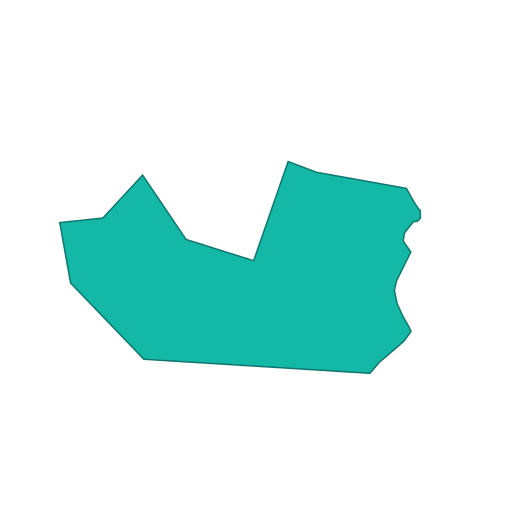 map outline of Santiago (Equal Earth projection), rotated 133°
{"feature_id": "PHL-5537", "entity_name": "Santiago", "entity_type": "Independent Component City", "adm_level": 1, "iso_a3": "PHL", "parent_name": "Philippines", "parent_adm1": "", "projection": "equal_earth", "projection_center": [121.429, 16.722], "detail": "fine", "context": "isolated", "style": "filled", "palette": "teal", "viewbox_px": 512, "rotation_deg": 133, "n_neighbors": 0, "source": "natural_earth", "source_scale": "10m", "svg_char_len": 526}
<svg xmlns="http://www.w3.org/2000/svg" viewBox="0 0 512 512"><g transform="rotate(133 256 256)"><path d="M365.4,422.3L332.7,393.9L274.2,394.1L291.6,318.4L261.1,254.5L165.0,296.9L153.6,269.0L104.0,192.1L108.9,176.8L110.8,168.9L110.5,167.1L116.1,161.6L120.1,161.6L122.7,163.6L124.4,164.2L137.6,163.2L144.7,158.6L147.5,145.5L178.6,136.2L186.7,131.4L194.5,120.5L199.9,107.5L203.4,96.2L205.5,91.2L217.4,89.7L249.5,93.3L264.1,92.7L408.0,267.6L402.2,373.2L365.4,422.3Z" fill="#14b8a6" stroke="#0f766e" stroke-width="1.5"/></g></svg>